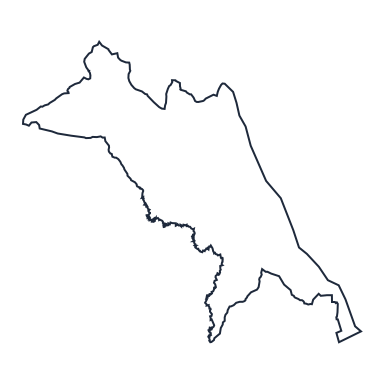 outline of Ga West Municipal, Greater Accra, Ghana
{"feature_id": "2480657B90617621807510", "entity_name": "Ga West Municipal", "entity_type": "district", "adm_level": 2, "iso_a3": "GHA", "parent_name": "Ghana", "parent_adm1": "Greater Accra", "projection": "robinson", "projection_center": [-0.382, 5.705], "detail": "fine", "context": "isolated", "style": "outline", "palette": "slate", "viewbox_px": 384, "rotation_deg": 0, "n_neighbors": 0, "source": "geoboundaries", "source_scale": "gbopen_adm2", "svg_char_len": 5977}
<svg xmlns="http://www.w3.org/2000/svg" viewBox="0 0 384 384"><path d="M210.3,342.2L211.4,342.0L213.9,340.1L214.4,338.2L219.9,333.6L220.8,328.0L222.7,324.6L222.9,322.4L224.7,320.9L224.7,317.3L225.5,314.7L227.3,312.6L227.7,310.2L229.6,306.5L231.0,306.4L233.7,305.2L236.2,302.8L239.7,301.8L242.7,301.8L244.5,301.1L245.4,300.3L245.5,299.2L247.0,297.4L247.3,296.4L251.0,292.3L257.0,289.6L258.6,287.2L259.6,281.4L259.2,279.4L259.6,278.0L260.7,276.9L261.7,274.6L261.2,272.8L262.1,269.1L265.7,271.8L267.5,271.8L271.2,273.6L279.1,276.2L284.1,284.6L290.6,290.1L291.8,294.8L293.8,295.8L294.4,297.0L295.1,297.6L298.4,299.0L300.1,300.2L302.0,300.2L303.4,301.2L304.1,302.3L304.3,303.4L306.3,303.7L308.2,304.5L310.5,304.0L311.9,304.2L313.2,299.6L318.7,293.8L320.8,295.8L327.0,295.2L331.9,295.2L332.0,302.0L334.9,302.0L335.8,303.1L336.8,302.4L337.8,303.9L337.5,312.3L336.9,316.7L336.3,317.2L336.6,319.3L337.8,319.4L341.3,330.8L336.4,332.9L339.0,342.2L361.0,331.4L355.1,326.3L345.5,299.4L338.7,285.3L327.9,280.2L318.8,266.7L306.9,253.9L299.0,247.5L293.3,230.2L280.8,198.2L266.1,180.9L250.7,145.7L245.6,126.5L239.4,115.6L236.5,102.8L233.1,91.9L224.7,83.7L222.5,83.5L221.1,84.9L219.0,88.7L217.8,91.7L216.8,95.9L213.5,94.7L205.7,98.6L204.2,100.3L203.0,101.0L198.2,102.0L196.6,101.9L195.1,101.0L193.6,97.6L191.1,94.3L189.7,94.3L186.8,92.5L185.9,91.3L180.7,89.8L180.3,89.4L180.6,88.6L180.0,86.3L179.9,83.0L176.0,81.0L175.5,80.3L172.0,80.2L172.2,82.3L170.5,85.2L169.2,86.0L167.9,88.8L166.2,94.0L166.4,96.6L166.0,102.9L165.1,105.4L164.6,108.9L161.8,108.6L159.2,107.1L153.8,102.2L147.6,95.8L147.1,94.4L145.2,94.0L141.9,91.4L135.8,89.3L134.2,88.1L131.4,84.9L129.3,81.2L128.4,78.0L128.6,74.1L130.3,70.8L129.9,69.6L129.7,64.7L129.2,62.6L125.9,62.4L121.4,60.7L120.0,59.7L118.1,57.6L117.3,53.2L111.9,54.4L108.6,50.0L108.4,49.2L102.0,45.5L99.2,41.8L97.7,44.8L93.9,46.2L92.9,47.2L91.7,52.0L88.9,53.6L84.7,58.9L84.2,61.8L86.3,67.4L88.1,69.9L88.3,70.7L89.2,70.8L89.0,71.6L89.9,72.9L90.4,75.4L90.2,78.4L88.4,79.3L86.6,78.9L83.9,77.5L79.6,82.6L75.0,84.0L69.7,87.0L69.4,87.9L68.0,89.1L67.4,90.5L67.4,90.9L68.5,92.2L68.6,93.1L64.2,93.4L62.1,94.2L56.2,98.4L54.8,99.9L49.8,102.9L48.2,104.4L44.6,105.4L42.4,106.7L40.8,106.5L36.6,109.8L25.9,114.8L23.3,119.6L23.0,123.9L26.1,124.5L28.9,125.7L31.5,122.5L36.3,122.1L39.1,125.0L39.7,128.5L51.9,131.4L57.7,133.5L71.2,135.7L84.4,137.4L86.0,138.1L90.6,137.9L92.6,136.9L96.8,137.1L100.7,136.4L102.6,137.6L104.7,137.5L105.4,141.2L108.9,145.6L109.1,147.4L108.6,149.7L108.9,151.6L110.4,153.5L111.7,153.9L112.4,156.7L114.9,157.7L116.2,157.7L118.3,159.1L120.3,161.7L121.5,164.5L122.3,165.2L124.0,167.9L124.4,169.4L127.4,173.9L127.5,175.7L130.6,178.8L131.1,180.2L135.0,182.3L136.7,184.4L136.8,185.7L137.2,186.4L140.1,187.6L139.7,188.3L140.0,188.6L142.0,189.0L143.1,190.2L143.2,191.1L142.5,193.0L142.2,196.4L142.5,196.7L142.1,197.4L143.3,196.9L143.3,198.1L142.6,198.4L143.6,198.9L143.2,199.8L143.8,200.5L144.8,203.3L145.9,202.8L144.4,204.7L145.7,204.9L146.0,204.1L147.2,206.2L146.3,206.2L146.2,206.7L147.3,207.0L148.0,208.9L149.5,209.7L148.3,210.9L149.3,212.6L150.0,212.8L150.0,213.3L148.6,214.6L148.5,215.3L148.9,216.0L148.2,215.9L147.8,215.2L146.6,215.2L146.6,215.5L147.1,216.5L147.7,216.7L147.6,217.7L148.9,217.0L149.4,217.5L148.7,218.6L148.7,218.9L149.3,218.4L149.9,218.4L149.6,220.3L151.6,219.8L151.7,220.7L152.1,220.9L151.9,221.7L152.7,221.7L152.9,220.6L153.8,220.5L154.2,220.9L153.7,221.3L153.9,221.6L154.9,220.9L154.7,219.0L154.4,218.9L153.8,219.3L153.4,219.0L153.7,218.7L154.7,218.0L155.2,218.5L155.7,217.9L155.6,219.0L157.9,218.0L159.0,219.3L159.1,220.1L160.0,219.7L162.2,220.8L162.9,221.7L162.9,223.0L165.4,223.7L163.3,225.0L163.7,227.0L164.7,226.8L165.2,225.8L166.3,225.5L166.7,225.0L167.2,225.4L168.4,225.2L168.4,223.4L169.9,224.2L170.5,222.5L172.1,223.1L175.8,223.3L175.8,225.7L176.8,225.2L177.6,224.2L178.8,225.5L179.9,225.3L180.9,226.2L180.7,224.9L182.9,226.1L183.4,224.7L184.6,225.0L185.0,225.4L186.7,224.7L186.8,226.1L188.0,225.9L188.5,226.6L190.1,226.8L191.2,228.4L193.0,229.3L193.9,228.8L193.5,231.0L194.5,232.3L194.7,233.5L194.1,234.9L193.7,234.3L193.0,234.6L192.8,235.5L192.0,236.5L192.5,237.2L193.4,236.4L193.7,236.6L193.7,238.3L192.9,237.9L192.5,238.2L193.4,239.8L194.1,240.2L194.1,240.7L193.3,241.2L194.4,241.2L194.1,242.2L194.5,243.7L195.3,244.2L195.1,245.0L195.9,245.3L194.7,245.7L195.9,246.7L195.4,247.5L197.5,249.0L198.3,248.8L198.8,250.1L199.8,251.2L200.1,251.0L200.6,251.7L202.3,252.2L203.1,250.5L204.7,251.1L205.1,250.0L205.8,249.6L206.2,248.7L206.9,248.9L207.2,248.4L208.5,249.5L208.7,248.4L208.1,247.5L208.8,247.2L209.2,246.5L210.0,246.8L210.8,245.5L212.5,248.3L213.3,251.6L213.9,252.1L214.1,253.4L215.1,252.9L215.8,254.1L217.3,254.6L217.9,255.4L220.3,254.5L220.9,257.8L221.3,258.3L222.2,257.8L222.6,258.0L222.7,260.1L222.3,261.1L222.6,261.8L222.0,262.6L221.7,264.0L221.8,264.8L222.4,265.2L220.2,266.0L220.4,269.1L220.7,269.7L219.8,270.9L220.1,272.4L219.2,274.5L218.5,274.8L218.2,274.2L218.6,273.8L217.5,273.2L217.0,274.8L215.7,275.9L215.5,277.2L216.8,279.9L214.6,280.8L214.0,282.8L215.2,284.3L215.9,287.2L215.3,287.9L214.7,287.3L214.1,287.6L214.0,289.4L213.2,291.3L211.6,291.9L212.0,293.4L210.5,294.6L210.2,294.6L210.1,294.0L209.6,294.1L209.7,295.1L209.1,296.0L208.4,296.2L208.2,295.2L207.0,295.3L206.6,297.3L207.3,297.3L207.5,297.8L206.8,298.1L206.1,299.1L206.8,299.6L205.1,302.8L206.8,304.6L206.6,305.6L208.6,305.1L208.5,305.9L209.2,306.6L209.4,308.5L210.4,308.5L210.7,309.2L210.0,310.5L210.0,311.7L211.9,314.1L211.5,315.9L210.1,316.3L210.7,318.2L210.6,320.0L211.7,319.5L214.2,325.3L213.6,326.7L212.8,327.3L211.3,327.5L211.1,328.0L212.0,328.0L212.1,328.4L211.5,329.5L211.1,329.5L210.9,328.2L210.4,328.4L209.7,327.9L209.5,329.0L209.8,330.4L209.4,330.7L208.9,330.0L208.5,330.2L209.0,331.4L209.6,331.8L209.7,332.5L210.5,332.6L210.7,332.9L210.8,333.8L210.3,334.4L210.9,335.1L210.0,335.8L209.3,335.3L208.9,335.4L208.7,335.9L209.2,337.1L208.6,337.2L209.1,337.9L209.8,340.2L209.3,340.7L210.3,342.2Z" fill="none" stroke="#1e293b" stroke-width="2"/></svg>